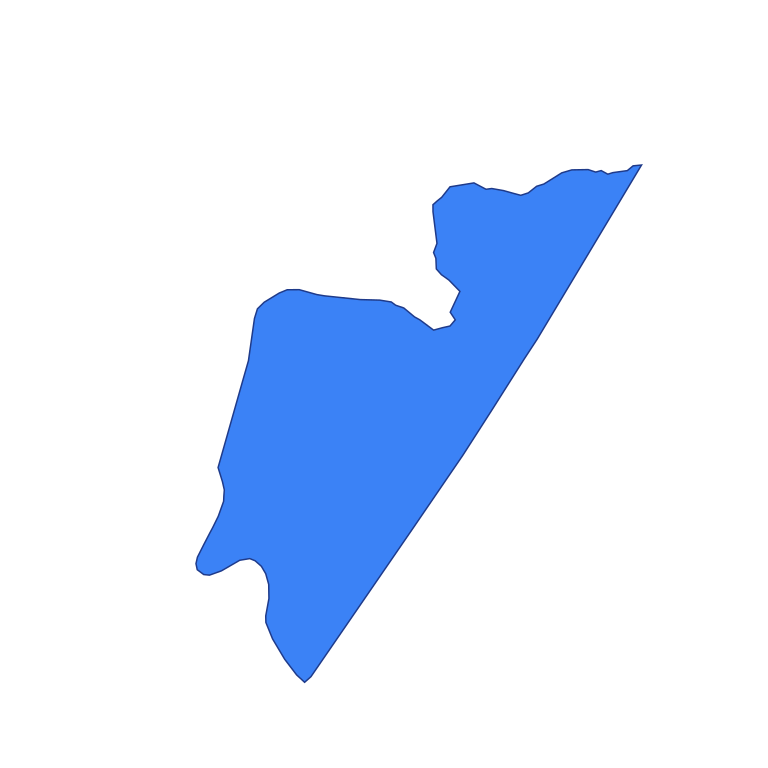 Duque Bacelar, Maranhão, Brazil (Mercator projection), rotated 114°
{"feature_id": "56859067B60806377662282", "entity_name": "Duque Bacelar", "entity_type": "district", "adm_level": 2, "iso_a3": "BRA", "parent_name": "Brazil", "parent_adm1": "Maranhão", "projection": "mercator", "projection_center": [-43.029, -4.104], "detail": "fine", "context": "isolated", "style": "filled", "palette": "blue", "viewbox_px": 768, "rotation_deg": 114, "n_neighbors": 0, "source": "geoboundaries", "source_scale": "gbopen_adm2", "svg_char_len": 1234}
<svg xmlns="http://www.w3.org/2000/svg" viewBox="0 0 768 768"><g transform="rotate(114 384 384)"><path d="M79.2,237.8L83.4,245.2L90.1,248.5L97.8,260.9L101.3,264.9L100.7,272.4L104.3,276.8L105.1,284.7L112.0,299.5L118.8,307.5L136.3,319.3L141.3,325.0L150.7,329.9L156.0,335.8L157.3,344.0L158.7,353.5L161.6,365.1L164.6,370.0L163.7,383.6L177.0,403.9L189.9,407.2L195.2,409.9L200.3,412.2L206.7,409.3L234.0,392.8L243.7,392.2L248.1,387.7L257.6,383.0L260.8,376.0L262.6,367.1L268.5,352.3L291.5,352.7L296.4,345.0L304.2,347.3L308.8,353.5L314.6,360.6L310.8,377.4L310.3,383.4L306.5,396.8L307.3,405.4L306.1,410.7L309.1,422.0L316.5,439.9L327.6,474.0L329.6,481.6L332.3,499.8L337.3,510.8L343.5,516.7L358.0,526.7L366.8,530.2L376.8,529.0L417.9,517.3L437.7,514.5L527.8,501.6L538.9,491.9L545.7,486.8L551.3,484.8L556.4,482.8L572.2,481.6L585.1,482.1L590.5,482.5L603.7,483.3L618.1,484.0L624.6,482.7L629.6,479.1L631.4,471.2L629.6,465.7L620.8,456.5L603.7,444.1L598.1,435.6L597.9,429.9L600.4,421.9L605.4,414.9L614.0,407.8L626.7,401.9L644.0,397.7L649.9,394.9L662.2,382.1L675.9,362.7L685.3,345.5L688.8,335.2L681.1,331.7L504.8,299.0L417.1,283.0L362.9,274.7L304.2,266.1L280.8,262.3L168.8,248.7L79.2,237.8Z" fill="#3b82f6" stroke="#1e3a8a" stroke-width="1.5"/></g></svg>